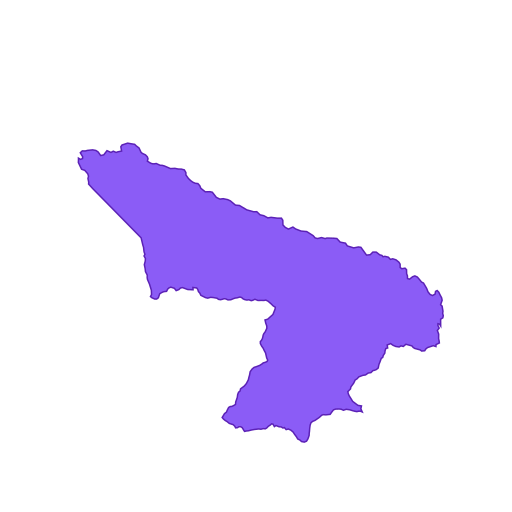 outline of Cachoeira Alta, Goiás, Brazil, rotated 143°
{"feature_id": "56859067B56256761057060", "entity_name": "Cachoeira Alta", "entity_type": "district", "adm_level": 2, "iso_a3": "BRA", "parent_name": "Brazil", "parent_adm1": "Goiás", "projection": "robinson", "projection_center": [-50.962, -18.602], "detail": "fine", "context": "isolated", "style": "filled", "palette": "violet", "viewbox_px": 512, "rotation_deg": 143, "n_neighbors": 0, "source": "geoboundaries", "source_scale": "gbopen_adm2", "svg_char_len": 5205}
<svg xmlns="http://www.w3.org/2000/svg" viewBox="0 0 512 512"><g transform="rotate(143 256 256)"><path d="M132.9,110.9L132.3,114.7L131.8,117.0L132.1,119.4L133.9,119.7L135.9,117.8L138.8,118.2L140.1,120.5L140.2,123.9L139.2,127.5L138.5,133.6L139.5,135.6L139.6,139.0L139.8,142.1L141.1,144.5L143.4,145.2L147.3,145.1L148.6,146.8L147.0,149.0L146.4,151.1L144.0,154.5L144.3,156.6L147.2,158.1L147.8,160.0L145.8,162.8L145.6,165.1L146.5,168.7L148.5,171.5L150.7,172.4L151.0,175.4L153.3,178.2L155.0,179.0L155.1,180.7L156.5,182.5L157.6,186.7L160.3,188.8L164.0,188.3L167.2,190.2L167.0,199.8L168.8,201.6L173.1,203.7L177.0,209.1L176.8,212.4L180.4,216.4L180.7,219.2L180.9,221.3L183.1,223.3L188.6,227.7L190.3,228.3L192.6,231.3L196.3,232.9L197.9,234.8L198.1,237.8L200.8,245.0L205.0,248.8L208.1,253.8L209.1,256.9L213.9,258.0L215.4,261.2L215.8,264.6L213.1,268.4L212.9,270.9L216.1,273.3L220.7,277.8L223.6,279.3L225.5,283.5L228.0,286.5L228.7,290.9L231.3,292.8L235.6,298.4L238.8,306.3L241.8,309.0L243.3,315.5L244.7,318.1L247.7,321.5L250.6,323.2L252.4,326.7L252.5,333.2L254.0,335.0L257.9,337.8L259.3,343.3L258.6,346.0L258.8,348.8L260.8,350.7L262.1,353.1L262.8,355.5L263.3,358.6L263.2,362.9L261.8,364.8L261.4,367.9L263.3,370.3L265.8,372.3L268.0,374.8L271.7,377.3L275.0,383.1L276.3,384.8L278.0,386.2L280.0,389.9L281.9,390.9L283.2,392.0L284.2,393.4L285.7,397.1L283.7,398.7L283.1,400.6L283.4,403.3L285.0,406.3L285.4,408.0L284.4,412.7L285.4,416.1L285.7,418.2L288.1,420.7L290.6,423.4L296.2,425.3L298.2,424.6L300.2,420.7L303.5,422.3L305.4,422.9L306.9,425.6L309.5,426.0L310.6,428.0L311.6,429.8L315.3,428.8L316.7,428.4L319.6,429.7L319.5,432.5L319.5,434.3L320.4,436.7L322.6,439.1L327.1,441.8L329.1,442.6L331.5,444.5L334.2,444.2L334.7,439.6L335.9,438.2L338.0,438.8L338.9,441.0L340.1,439.4L341.6,437.6L343.1,430.3L341.2,427.4L340.9,422.9L341.7,420.6L343.6,419.0L345.2,415.6L346.4,414.2L345.8,407.8L336.8,339.7L338.2,336.5L339.7,333.1L340.6,330.6L342.9,326.7L343.7,324.2L345.4,323.4L345.8,320.6L347.5,318.6L350.4,316.3L352.1,312.7L353.7,310.0L354.3,306.3L356.0,304.1L356.8,302.5L358.0,297.6L360.2,291.6L362.6,288.1L364.7,287.1L364.3,285.4L362.8,282.6L361.2,281.4L359.1,281.4L357.4,282.6L355.6,283.8L353.0,283.5L351.1,283.0L348.7,281.6L346.5,282.7L344.9,282.9L342.8,282.4L340.6,279.3L340.6,276.4L337.8,275.6L335.6,275.9L333.7,275.0L330.7,270.3L329.0,268.9L326.6,266.9L325.3,268.8L323.8,267.3L322.6,266.2L322.6,264.4L323.4,262.2L323.2,260.2L323.7,257.8L321.4,253.2L319.9,251.4L317.1,250.3L315.2,248.6L313.7,247.0L312.5,245.7L312.1,244.0L310.6,242.4L308.7,241.6L307.2,241.1L306.1,240.1L304.8,237.8L302.4,236.2L300.0,235.6L298.1,235.0L296.1,233.9L293.5,232.9L292.5,231.5L292.1,229.5L291.2,227.9L289.8,226.3L288.0,225.3L286.7,223.2L285.3,222.6L282.9,222.1L281.2,219.3L278.4,217.3L276.4,215.7L274.7,214.9L273.6,212.7L272.7,208.5L272.3,205.8L271.4,203.5L272.6,202.2L274.2,201.2L275.9,200.2L277.7,199.1L281.5,198.8L284.7,198.5L287.3,199.5L288.6,196.6L289.5,193.7L290.8,191.8L294.3,189.9L296.4,189.3L297.9,188.5L299.1,187.4L300.6,186.2L302.5,185.3L304.0,185.1L305.2,183.5L305.7,180.7L305.8,177.9L306.3,175.7L306.7,172.9L307.8,170.4L308.8,168.2L309.3,165.8L310.7,165.1L312.5,165.5L314.6,166.3L316.2,166.2L318.8,166.4L322.6,167.5L324.5,168.2L327.1,168.1L330.3,167.1L332.9,164.7L334.4,163.6L336.7,161.7L338.4,160.9L340.5,159.9L343.6,159.2L348.3,159.2L349.9,157.8L351.9,157.7L353.9,156.5L356.1,154.3L360.1,151.6L361.7,149.8L363.7,150.0L365.8,150.4L367.2,151.3L369.0,151.5L371.7,150.2L373.6,149.1L376.0,149.1L377.9,148.3L380.2,147.4L380.1,145.4L379.6,143.2L378.7,141.0L378.1,138.4L375.7,135.0L375.4,132.9L375.7,131.0L374.0,130.0L372.5,130.0L371.0,128.9L370.3,127.2L370.6,124.5L370.7,122.8L369.1,122.1L367.3,121.0L364.2,119.7L361.6,118.4L359.9,117.4L358.0,116.3L356.3,114.7L354.1,113.8L352.6,112.4L350.9,112.2L348.6,112.6L346.3,112.4L344.6,112.6L343.6,111.4L344.0,108.7L342.1,108.6L340.4,105.8L338.7,104.3L338.0,102.4L336.6,101.9L336.4,99.2L334.3,98.4L333.0,96.0L332.3,92.9L332.5,90.5L332.5,87.3L332.8,84.7L331.7,82.7L331.3,80.4L329.4,78.3L327.1,77.7L324.8,78.6L322.9,79.8L321.5,80.8L320.2,82.4L318.9,83.7L316.6,86.3L314.5,88.4L312.3,89.8L310.1,89.8L307.9,89.2L303.0,89.0L301.1,89.1L299.4,89.3L297.9,88.9L295.8,87.1L294.1,86.1L292.1,84.9L289.6,85.7L286.7,86.5L284.5,85.8L281.7,83.8L280.2,82.4L279.0,80.2L276.2,79.3L273.7,76.8L272.0,74.4L270.4,72.4L269.1,71.0L267.5,70.3L266.0,69.2L265.0,67.5L264.2,70.9L262.0,72.8L264.5,75.4L265.4,78.6L266.3,81.7L266.0,84.6L265.7,88.3L265.2,90.4L264.3,92.4L260.5,93.0L259.1,94.3L256.8,95.0L254.7,95.6L252.9,96.5L251.5,97.3L249.1,97.1L246.7,97.6L242.5,96.4L240.1,95.1L236.8,95.0L234.4,93.7L231.6,94.1L230.1,93.4L228.2,92.9L225.8,93.0L223.1,95.4L220.9,96.7L217.5,98.9L215.9,98.7L214.2,100.0L211.6,100.9L210.0,102.6L208.0,104.0L206.2,103.3L204.8,106.0L201.2,105.0L200.3,102.2L198.8,99.6L196.4,97.2L194.3,97.0L192.8,95.1L189.4,95.3L185.6,90.4L185.5,88.4L184.9,86.7L181.4,82.2L180.9,80.4L178.3,78.8L176.1,79.6L174.0,79.6L168.4,77.7L166.8,75.4L165.5,76.9L161.9,76.2L160.9,77.9L159.9,80.1L157.1,83.7L156.0,87.4L153.1,88.2L152.5,91.1L151.4,92.4L150.4,91.1L150.6,89.0L146.6,94.4L144.0,94.2L142.4,95.6L141.4,97.9L139.9,99.4L137.5,104.0L137.9,106.0L134.0,108.6L132.9,110.9Z" fill="#8b5cf6" stroke="#5b21b6" stroke-width="1.5"/></g></svg>